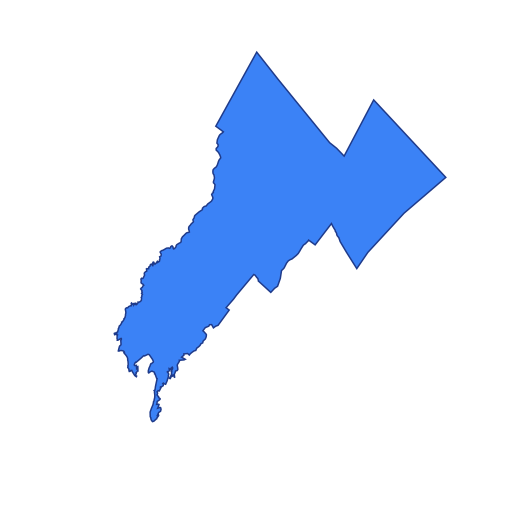 Vaimauga West, Tuamasaga, Samoa (Equal Earth projection), rotated 214°
{"feature_id": "51752279B6831491074988", "entity_name": "Vaimauga West", "entity_type": "district", "adm_level": 2, "iso_a3": "WSM", "parent_name": "Samoa", "parent_adm1": "Tuamasaga", "projection": "equal_earth", "projection_center": [-171.762, -13.882], "detail": "fine", "context": "isolated", "style": "filled", "palette": "blue", "viewbox_px": 512, "rotation_deg": 214, "n_neighbors": 0, "source": "geoboundaries", "source_scale": "gbopen_adm2", "svg_char_len": 6061}
<svg xmlns="http://www.w3.org/2000/svg" viewBox="0 0 512 512"><g transform="rotate(214 256 256)"><path d="M334.7,139.1L334.5,138.7L333.0,137.2L332.1,136.1L331.5,134.5L331.1,134.1L330.6,132.6L330.3,132.2L330.2,131.0L330.4,130.3L330.0,130.1L329.9,127.8L330.0,126.6L330.4,126.1L330.0,125.7L329.8,123.4L329.8,122.8L330.2,121.5L329.6,119.9L329.5,118.8L329.3,118.7L328.2,115.5L329.0,114.5L328.6,113.8L329.2,112.4L329.9,113.1L330.2,112.6L329.2,111.7L327.7,113.5L327.2,112.8L326.7,113.1L326.2,111.7L325.0,109.8L324.2,109.2L323.9,108.6L323.4,109.0L321.8,112.3L321.5,112.3L320.9,111.4L320.9,110.4L318.5,107.3L318.3,106.6L318.7,105.1L318.5,104.2L317.1,100.3L316.4,100.5L316.2,101.1L315.0,102.2L313.5,102.9L312.4,103.1L311.3,102.7L311.5,102.0L310.4,101.5L309.5,101.4L307.5,100.7L306.0,100.0L305.2,99.4L304.1,97.9L303.2,97.1L301.8,95.3L301.0,94.1L300.9,93.4L300.4,93.0L300.2,92.1L299.7,91.7L298.7,91.5L297.4,90.4L297.2,89.9L296.5,89.4L295.9,90.0L295.8,91.1L295.0,91.7L294.4,91.2L289.7,89.1L287.7,89.0L287.8,89.7L289.6,89.6L289.4,91.4L290.2,92.1L290.0,92.7L290.0,94.5L289.6,94.7L292.1,98.2L292.3,97.9L291.2,96.4L291.8,95.6L294.0,98.5L295.1,97.4L295.9,97.5L296.2,98.0L296.5,99.7L296.3,100.8L295.9,100.8L294.2,107.0L293.5,110.0L293.2,110.7L292.5,110.8L290.6,114.1L289.3,114.5L284.0,112.4L282.1,111.2L281.8,110.6L282.5,108.4L282.9,108.0L282.8,107.0L282.4,105.8L282.0,103.3L281.1,100.6L280.1,99.2L279.7,99.0L279.2,99.7L279.0,100.8L277.9,102.4L275.4,102.8L274.9,102.5L274.2,101.6L273.8,101.8L269.7,98.8L269.4,99.0L266.3,91.4L264.9,88.6L265.2,87.6L264.7,87.6L264.2,86.5L261.9,83.8L260.8,81.9L260.1,80.0L259.6,79.1L259.5,77.9L258.8,76.5L258.2,74.8L257.5,71.2L256.5,67.4L253.8,63.6L252.7,63.0L252.0,62.1L250.8,61.3L249.2,60.8L248.3,61.9L247.5,65.3L247.3,65.6L247.6,66.5L247.5,68.0L248.6,68.3L248.8,69.7L248.2,69.3L248.1,68.7L247.5,68.8L247.5,69.3L248.4,69.7L248.4,70.3L249.0,70.6L249.2,71.8L248.3,73.9L249.0,75.8L250.2,76.9L250.9,76.8L252.4,74.8L252.8,76.7L253.4,78.7L253.9,78.6L255.4,77.4L255.7,78.5L256.6,80.2L255.8,82.0L255.4,83.4L255.6,84.0L256.5,84.2L257.6,84.2L258.1,84.9L259.0,85.0L260.0,85.5L260.4,85.5L260.7,87.0L261.3,87.6L262.1,88.0L261.8,88.8L261.9,89.7L260.7,90.1L261.2,94.0L261.9,93.8L262.0,94.1L261.1,94.9L260.4,96.6L261.3,98.1L261.9,98.1L261.8,98.8L260.3,98.8L259.2,99.1L259.9,102.9L260.7,105.2L261.0,106.8L261.8,107.8L262.3,109.3L263.4,109.9L264.7,110.3L264.6,110.8L264.1,110.8L263.8,111.9L263.8,113.2L264.9,113.7L265.1,114.1L263.1,113.9L262.9,114.2L263.7,115.3L263.3,117.0L262.6,116.7L262.1,115.8L261.7,112.9L261.1,113.0L260.7,111.7L260.4,111.6L259.9,110.6L259.7,109.4L259.1,109.7L258.2,111.0L257.7,110.8L259.5,107.6L259.2,106.2L258.5,106.5L258.9,108.2L257.3,111.1L256.3,110.1L255.3,109.6L257.5,112.1L257.9,114.2L258.4,115.6L257.3,117.0L257.3,118.1L258.2,119.3L260.3,121.5L260.5,122.6L260.6,125.2L260.8,126.5L261.2,126.7L257.6,129.6L256.9,130.8L261.1,130.5L260.3,133.5L261.1,134.4L258.2,136.9L255.9,136.6L255.8,138.3L255.1,140.6L254.4,142.4L253.8,143.3L253.1,144.0L253.6,146.4L252.8,148.7L252.4,150.5L252.6,152.4L251.6,154.2L252.2,155.6L252.2,156.3L251.6,158.9L252.1,161.1L253.0,162.9L253.6,163.3L256.7,164.1L258.2,164.3L258.0,168.3L255.9,171.4L256.1,173.1L254.4,174.3L251.1,172.6L250.2,175.2L248.7,177.3L248.0,196.2L251.9,196.4L250.5,207.7L250.3,212.7L247.5,239.4L246.1,239.6L243.2,238.6L242.0,238.4L240.2,236.9L240.1,236.6L223.4,234.1L222.5,239.7L221.2,243.0L223.3,251.0L226.7,258.2L226.2,260.3L226.0,261.9L226.7,267.3L226.5,270.1L225.6,272.1L224.5,273.7L222.9,279.0L222.4,281.7L222.5,284.7L222.7,287.1L222.8,291.4L222.3,293.0L221.8,293.9L221.7,295.3L221.2,297.2L221.3,298.6L213.2,298.3L211.6,325.1L209.0,323.6L206.1,322.2L204.9,321.7L204.0,320.8L203.0,320.5L201.8,319.8L201.2,319.1L200.2,318.3L197.6,317.5L196.1,316.4L194.3,315.0L183.1,309.7L165.4,301.9L165.3,321.5L157.2,374.3L142.6,427.3L245.7,451.2L238.8,388.1L249.5,390.4L258.3,391.1L336.7,414.9L369.4,425.4L361.9,341.1L352.5,340.7L352.7,339.4L353.4,337.6L353.8,336.0L353.7,334.7L353.0,330.7L351.5,327.7L349.8,327.2L348.9,326.0L348.8,324.4L349.1,323.4L349.0,322.5L348.0,321.4L346.5,321.3L344.6,320.7L342.4,319.5L341.1,318.6L340.1,317.6L340.3,315.1L340.0,313.4L339.4,311.4L338.9,309.5L338.8,307.5L339.5,305.6L339.8,303.7L339.5,302.8L338.7,301.5L337.6,300.3L336.2,299.7L335.1,298.6L334.1,297.5L333.6,296.3L332.8,293.7L332.2,292.9L331.1,292.7L329.8,292.1L327.9,288.4L327.5,285.5L326.8,284.7L327.3,283.7L327.1,282.1L324.6,280.5L323.8,279.3L323.6,276.6L324.0,275.3L325.1,272.2L325.3,269.6L326.5,268.2L326.8,267.4L327.1,265.6L326.5,264.7L326.5,264.0L327.9,260.7L329.3,255.6L329.3,254.8L328.6,253.0L328.6,250.9L328.0,250.2L327.3,249.8L327.0,249.3L327.7,246.2L327.7,244.9L328.0,243.0L327.6,241.7L326.8,240.5L325.7,239.7L324.6,238.6L324.9,238.0L325.7,237.3L326.5,236.3L326.8,235.2L327.2,232.9L327.7,230.8L327.5,228.4L326.0,225.9L326.4,224.4L327.2,223.0L328.0,221.0L328.0,220.0L327.5,218.9L327.5,218.1L327.8,216.4L328.3,215.8L329.1,216.2L329.7,217.0L331.0,217.5L331.6,217.1L331.9,216.0L331.6,214.8L332.0,214.0L333.1,213.7L334.6,212.4L336.3,208.8L337.1,207.9L337.8,206.1L337.4,205.4L335.6,204.6L334.8,203.1L334.8,202.7L335.5,201.5L334.4,200.5L333.9,199.6L333.8,198.6L333.3,198.3L333.1,197.5L333.9,195.8L334.3,196.5L334.8,196.5L334.8,194.4L335.2,192.7L335.8,192.8L337.3,193.7L337.8,193.5L337.7,192.2L337.0,192.0L336.4,191.2L336.2,190.3L338.2,190.7L338.5,190.4L338.7,189.5L338.2,188.4L338.7,186.8L337.9,185.4L339.4,184.5L339.6,183.9L339.0,183.6L338.1,182.2L338.7,181.5L339.1,179.8L338.7,178.7L337.7,177.9L337.2,174.7L337.3,174.0L338.4,173.6L338.5,172.5L337.7,171.8L336.3,169.5L334.9,169.3L333.9,169.4L332.7,169.0L333.0,168.0L332.7,166.5L333.2,165.3L333.2,164.2L331.1,163.5L330.7,162.6L330.0,162.3L330.0,161.0L328.7,160.7L328.7,159.7L327.9,158.3L328.0,157.5L327.3,157.1L326.2,155.0L326.5,153.5L327.2,152.2L328.0,151.9L327.6,151.1L328.0,150.1L327.7,149.4L327.9,148.8L328.8,148.4L329.4,149.5L329.9,149.2L330.0,147.5L330.3,148.1L330.8,148.2L331.4,147.0L332.9,147.5L333.0,147.0L331.7,145.6L331.6,144.9L332.1,144.7L333.3,142.8L333.4,141.3L334.5,140.5L334.7,139.1Z" fill="#3b82f6" stroke="#1e3a8a" stroke-width="1.5"/></g></svg>